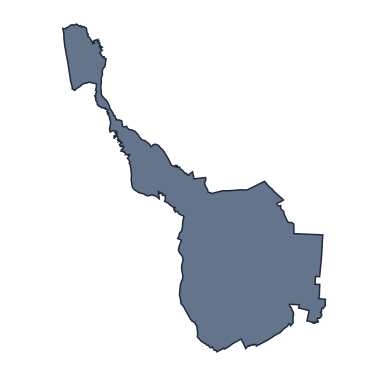 Bogdanesti, Bacau, Romania, rotated 95°
{"feature_id": "2599482B17094917236522", "entity_name": "Bogdanesti", "entity_type": "district", "adm_level": 2, "iso_a3": "ROU", "parent_name": "Romania", "parent_adm1": "Bacau", "projection": "robinson", "projection_center": [26.663, 46.198], "detail": "fine", "context": "isolated", "style": "filled", "palette": "slate", "viewbox_px": 384, "rotation_deg": 95, "n_neighbors": 0, "source": "geoboundaries", "source_scale": "gbopen_adm2", "svg_char_len": 5981}
<svg xmlns="http://www.w3.org/2000/svg" viewBox="0 0 384 384"><g transform="rotate(95 192 192)"><path d="M100.2,318.7L101.0,318.1L100.8,317.4L99.3,316.3L96.5,312.6L94.5,311.0L92.9,308.0L92.7,306.4L91.8,304.6L91.5,302.8L92.0,301.4L92.5,296.7L93.1,296.4L93.7,296.6L96.6,296.5L99.3,296.9L99.6,296.1L100.7,295.8L101.6,296.0L101.7,296.4L103.9,296.3L104.7,297.3L105.0,297.2L106.2,295.7L106.8,296.4L108.1,295.8L109.2,295.8L111.3,294.1L112.8,294.1L114.3,292.7L114.9,291.2L116.0,289.5L115.6,288.2L116.5,286.5L115.8,285.6L116.9,285.4L117.1,283.8L117.7,283.2L118.1,283.1L119.3,283.8L120.1,283.2L120.3,282.0L120.5,281.9L120.9,282.0L121.0,282.8L121.3,283.0L123.4,281.2L127.1,280.2L128.7,279.3L129.9,279.1L137.0,279.6L139.4,278.7L137.6,276.0L138.3,274.3L138.1,273.7L139.1,274.0L139.0,272.0L140.3,273.0L140.7,272.1L141.2,271.8L141.9,273.2L142.6,273.6L143.1,274.7L143.5,274.5L143.8,273.7L144.6,274.3L145.7,274.6L142.6,271.8L143.0,271.1L145.3,270.2L146.3,270.8L146.9,270.5L146.6,269.8L146.8,269.6L146.4,268.9L147.1,268.2L148.0,269.0L147.8,268.4L148.0,268.1L147.7,267.8L148.5,267.6L148.9,266.1L149.4,267.1L149.9,267.0L150.9,268.4L151.8,267.9L152.1,267.0L152.7,267.4L153.0,266.9L152.7,266.3L152.9,265.5L152.3,264.9L152.4,264.4L152.2,264.2L152.6,263.9L154.3,264.1L154.9,265.2L156.3,266.2L156.6,266.2L156.6,265.7L157.3,266.1L157.2,265.7L157.6,265.2L157.4,263.7L158.3,263.3L158.3,262.3L159.1,261.7L160.6,261.7L160.3,260.2L160.9,259.7L160.2,258.5L160.1,257.3L160.8,257.3L161.4,258.0L162.8,258.4L164.1,259.4L165.0,258.1L167.5,256.6L168.9,257.0L170.5,255.9L173.7,255.1L179.6,253.8L185.5,253.6L190.8,252.3L192.8,251.6L194.2,250.2L195.6,248.2L196.1,246.8L197.1,245.4L197.4,244.4L198.0,240.2L198.3,239.3L199.3,237.7L199.6,236.4L199.6,235.1L198.4,231.7L199.1,228.0L201.6,224.0L194.2,225.6L194.3,225.2L196.3,224.0L196.3,223.5L195.4,223.3L196.3,222.1L195.9,221.7L195.9,221.2L198.0,221.0L197.7,218.3L201.6,218.0L203.9,218.5L204.0,217.6L205.2,214.6L206.8,212.9L208.5,209.8L209.0,208.5L209.1,207.4L209.3,207.4L209.5,208.7L211.9,208.2L212.1,207.1L213.4,206.9L212.6,204.7L214.9,203.2L216.9,197.9L221.9,198.6L227.5,198.5L231.4,198.9L233.9,200.7L238.0,201.4L239.6,202.2L240.7,198.9L241.2,198.6L242.9,198.8L247.7,200.2L251.0,200.4L251.7,200.2L253.7,199.0L254.7,197.9L257.1,196.0L260.1,194.9L265.6,195.8L268.9,195.8L277.0,193.6L279.7,193.9L282.7,194.9L285.9,195.5L295.9,195.5L301.7,193.5L303.0,193.8L305.1,192.4L306.2,190.9L318.6,182.6L320.8,180.5L321.2,179.0L321.9,177.9L323.5,176.9L324.1,176.1L326.4,175.2L331.9,174.1L335.6,174.0L336.8,173.2L337.5,172.1L339.7,170.1L341.9,165.8L342.0,165.1L343.4,163.7L343.0,162.5L344.9,161.0L345.5,160.1L345.5,159.6L344.6,158.3L345.3,157.6L347.5,156.3L347.7,154.3L349.1,153.2L344.9,146.9L345.6,146.3L345.5,145.7L343.2,142.4L339.5,138.2L334.2,130.4L339.6,126.8L343.3,124.9L340.1,122.4L340.8,121.6L339.6,120.4L339.3,118.8L338.5,118.3L338.3,117.7L339.1,117.3L338.2,115.2L339.8,114.4L333.1,104.0L328.6,98.0L328.3,98.1L324.2,91.8L320.2,88.6L317.2,85.1L314.6,83.9L314.9,82.9L316.7,82.1L313.4,79.8L313.1,80.1L310.6,80.2L309.7,80.5L304.5,80.2L303.0,80.7L298.4,83.3L297.6,83.9L297.0,85.0L295.3,85.1L295.0,75.1L298.2,75.8L299.9,64.9L310.4,66.3L310.9,62.2L312.2,59.5L312.0,59.0L311.4,60.2L311.1,60.1L311.7,57.9L311.6,57.7L310.7,59.1L310.9,58.0L310.7,57.4L310.8,55.2L309.7,54.9L309.0,56.1L306.5,55.7L306.8,54.1L305.5,52.8L304.3,52.6L303.7,52.0L302.8,52.0L301.0,53.4L300.6,53.4L300.7,53.0L300.3,52.5L296.9,52.7L296.5,52.4L296.6,51.3L293.4,49.2L290.0,49.7L289.8,50.1L287.4,49.6L287.2,51.6L287.3,55.9L286.7,55.8L286.5,56.6L283.6,56.1L272.9,56.7L273.3,61.4L265.3,61.5L265.3,57.5L246.0,57.3L223.3,58.0L224.6,86.8L215.0,87.8L213.6,90.1L214.0,92.4L213.7,93.4L212.2,94.8L206.6,98.0L203.2,99.1L201.3,101.9L200.8,102.2L197.7,102.4L198.5,104.5L197.5,105.6L196.0,106.3L195.8,106.4L194.1,102.9L192.0,100.2L184.5,110.0L182.2,112.4L179.8,115.9L175.0,120.6L185.0,137.0L185.3,138.1L185.6,144.1L187.4,154.4L188.3,162.3L191.6,171.6L191.6,172.5L191.0,173.7L191.0,175.8L188.2,176.8L184.8,179.2L181.9,180.2L178.5,179.3L176.4,179.7L178.7,191.1L171.9,193.2L174.1,195.8L175.6,196.7L175.5,197.6L174.9,198.5L174.3,198.6L173.9,199.1L174.2,200.6L173.2,201.2L172.4,202.3L171.1,203.4L170.3,204.9L170.1,206.2L168.4,206.3L168.7,209.1L168.2,209.0L167.9,208.3L166.9,209.0L167.1,209.6L167.8,209.5L168.3,210.1L167.5,210.2L167.0,210.6L167.5,211.2L167.5,211.6L168.1,212.1L167.6,213.3L167.3,214.7L161.1,218.5L154.6,223.1L152.9,224.5L151.8,225.7L151.4,226.7L149.2,228.7L147.9,230.8L147.6,233.5L148.6,234.6L148.7,235.3L149.2,235.4L150.4,236.9L148.5,238.1L147.2,239.7L144.9,243.4L144.5,245.9L144.0,246.9L141.7,249.3L139.5,250.8L136.4,254.2L135.4,257.5L135.4,259.2L135.2,259.9L133.9,262.0L132.3,262.8L133.0,265.7L132.6,266.9L127.2,268.2L126.6,270.8L126.8,273.2L126.3,273.9L125.5,274.0L124.8,274.7L122.9,275.4L122.4,276.6L122.2,276.5L121.1,277.4L120.1,277.7L115.4,281.3L113.5,281.9L110.5,283.5L107.8,285.6L106.8,287.1L104.3,289.7L102.0,291.1L98.8,291.3L95.7,292.1L91.2,291.8L87.0,292.4L82.2,291.4L80.5,291.9L77.0,291.5L74.6,289.7L66.7,289.2L66.3,290.2L66.5,290.6L66.3,290.9L66.6,291.1L65.6,291.6L65.0,291.4L65.0,293.1L62.4,294.9L62.4,295.4L61.8,296.0L60.9,295.9L60.5,295.0L59.5,294.8L58.7,293.8L58.5,294.4L57.7,294.7L57.2,295.6L56.8,295.2L56.4,295.4L55.5,294.0L55.2,294.4L55.5,295.3L55.2,295.8L55.6,296.5L55.5,296.9L55.1,296.9L54.3,295.9L53.5,296.5L53.3,297.0L51.2,297.1L51.0,298.0L51.3,298.3L50.3,298.6L50.5,299.3L50.1,299.3L49.6,298.5L49.5,299.3L49.2,299.6L48.6,299.3L49.0,300.0L48.7,300.4L49.8,302.9L50.5,303.1L52.5,302.2L52.4,303.2L52.8,304.1L50.8,304.2L50.4,305.2L46.9,307.7L46.5,308.3L46.4,309.1L46.0,309.4L44.1,309.1L42.8,310.3L37.8,311.6L37.5,313.0L36.8,313.7L36.6,314.3L36.8,315.5L37.4,316.3L36.2,317.1L36.0,317.8L36.6,318.7L36.5,319.3L35.2,320.6L34.9,321.4L35.2,322.7L36.2,324.4L35.8,325.9L36.5,327.6L39.0,330.3L39.4,331.8L40.5,332.1L40.6,333.8L40.3,334.8L41.1,334.8L45.8,333.4L50.3,332.9L57.1,331.6L75.3,326.6L92.4,322.5L97.5,320.6L100.0,320.2L99.9,319.7L100.2,318.7Z" fill="#64748b" stroke="#1e293b" stroke-width="1.5"/></g></svg>